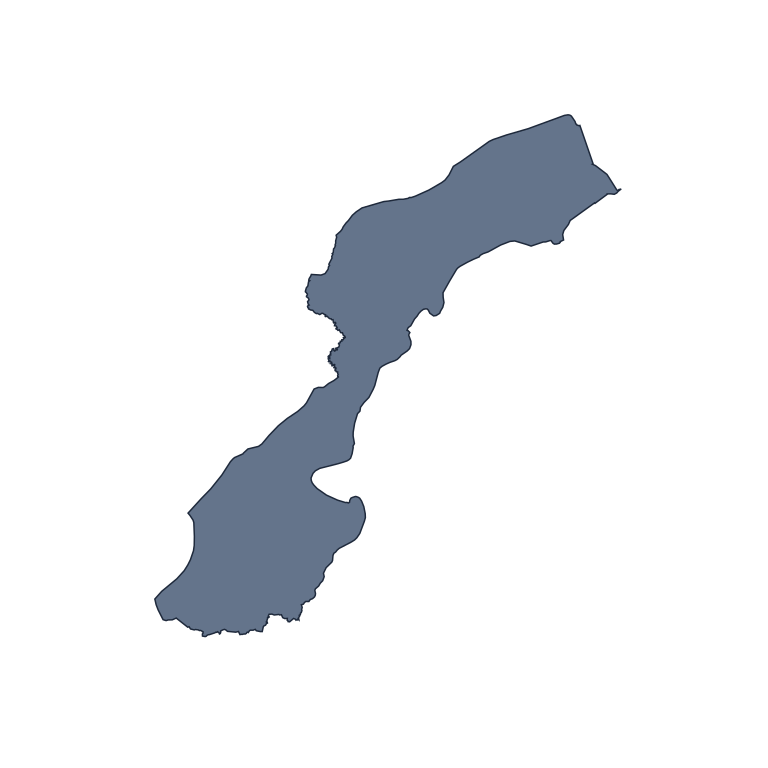 Kolaka Timur, Sulawesi Tenggara, Indonesia (Robinson projection), rotated 250°
{"feature_id": "22746128B88028223529334", "entity_name": "Kolaka Timur", "entity_type": "district", "adm_level": 2, "iso_a3": "IDN", "parent_name": "Indonesia", "parent_adm1": "Sulawesi Tenggara", "projection": "robinson", "projection_center": [121.666, -3.82], "detail": "fine", "context": "isolated", "style": "filled", "palette": "slate", "viewbox_px": 768, "rotation_deg": 250, "n_neighbors": 0, "source": "geoboundaries", "source_scale": "gbopen_adm2", "svg_char_len": 6154}
<svg xmlns="http://www.w3.org/2000/svg" viewBox="0 0 768 768"><g transform="rotate(250 384 384)"><path d="M519.4,655.8L560.0,656.5L560.0,655.7L561.4,653.8L562.2,653.8L562.8,653.2L565.4,653.3L571.7,651.7L573.1,650.6L574.0,649.0L574.7,645.4L574.6,606.9L576.1,584.6L576.4,570.2L576.0,565.9L566.5,531.6L564.8,523.6L558.2,516.6L554.7,511.0L553.5,507.0L550.9,492.5L549.8,477.7L549.9,473.5L550.6,471.6L550.2,470.3L551.0,465.3L552.5,461.1L554.4,450.7L555.5,446.3L557.0,423.6L555.3,416.8L553.4,412.0L549.8,406.5L548.3,403.4L545.7,399.5L543.7,397.5L542.4,395.4L540.2,389.9L538.1,389.7L535.0,387.5L532.9,386.8L531.3,385.5L530.6,385.7L528.6,383.7L528.2,382.8L524.8,381.2L524.3,379.9L523.3,380.2L521.7,378.5L520.1,378.2L515.7,373.4L515.1,373.1L514.1,373.4L513.1,371.9L511.0,370.8L507.9,366.4L507.9,362.1L511.8,353.2L510.4,352.0L508.7,349.8L507.2,348.7L506.8,348.7L506.4,349.4L505.8,348.0L502.2,346.0L500.9,343.9L498.0,341.8L497.3,341.7L496.6,342.3L495.6,342.4L494.8,342.8L493.8,342.3L493.1,341.2L492.5,341.0L490.8,342.2L489.1,342.4L488.7,342.2L487.5,340.3L484.7,340.1L483.8,340.6L483.6,339.4L483.2,338.7L481.7,338.6L481.0,339.1L480.3,338.8L478.6,340.4L477.6,342.3L475.1,343.1L473.3,344.5L473.1,345.6L471.2,347.4L471.7,349.9L471.2,350.8L469.7,351.8L469.1,352.8L468.6,352.8L468.0,351.9L467.4,352.0L467.0,353.9L465.2,354.5L463.6,355.7L463.4,356.6L462.2,356.9L461.9,358.1L459.0,357.5L458.4,357.8L458.7,359.1L458.1,359.5L457.4,359.3L456.4,357.8L455.7,357.4L454.9,358.9L453.0,359.3L452.7,359.0L452.8,358.2L452.3,357.7L451.3,358.6L450.1,359.1L450.2,360.5L447.3,360.8L446.8,361.2L446.4,362.5L443.8,362.4L442.6,363.4L441.3,363.6L440.9,363.5L440.9,362.9L441.5,362.3L441.5,361.8L440.5,362.1L440.1,361.2L439.6,360.9L440.0,359.5L438.7,359.0L439.1,357.5L437.8,357.1L437.8,355.3L437.3,355.0L436.8,355.4L435.8,355.4L434.3,354.3L434.0,352.6L434.1,350.8L433.6,350.9L432.5,352.0L432.1,351.8L432.6,350.3L431.9,349.4L431.9,348.8L432.8,348.4L433.6,348.8L434.5,348.7L434.6,347.4L432.8,346.0L432.5,344.6L430.9,344.4L430.5,343.6L429.6,343.9L429.5,342.5L429.1,342.2L429.3,341.5L428.9,340.9L428.3,340.8L428.3,342.0L427.9,342.3L427.3,341.7L426.5,341.7L427.0,340.6L426.8,340.2L424.8,340.3L424.1,339.5L423.5,340.1L424.0,341.1L422.8,341.3L422.5,342.2L421.2,342.1L421.2,341.1L420.6,342.0L419.0,341.3L418.7,342.0L419.3,343.0L419.4,343.9L419.1,344.3L418.8,344.2L418.6,343.3L417.4,343.7L416.5,342.5L416.3,342.6L416.1,343.7L415.7,344.2L415.2,343.8L414.7,344.0L414.4,343.1L413.8,342.7L413.2,342.7L412.6,343.4L411.8,343.4L411.2,344.6L409.9,344.1L408.6,344.2L408.0,343.4L406.9,343.1L406.6,343.6L406.1,343.5L404.4,338.2L403.4,332.0L401.8,327.5L401.5,325.7L403.3,321.1L403.2,316.6L392.8,304.7L390.8,301.4L387.7,293.4L384.8,281.5L381.0,270.6L375.0,258.4L369.4,248.7L368.3,244.7L369.5,233.9L367.1,228.2L366.6,227.6L366.0,218.4L365.3,216.5L363.5,213.1L354.0,200.6L344.7,185.3L338.7,172.9L329.7,155.7L326.9,156.7L321.5,158.0L318.8,157.9L305.7,153.7L297.1,150.4L292.4,147.9L285.1,142.0L281.1,137.8L276.9,132.4L271.8,122.7L265.2,104.2L260.3,95.1L254.5,94.4L249.0,94.5L238.1,95.8L236.2,98.3L236.1,100.5L234.8,104.4L235.1,108.7L222.6,116.4L222.6,117.8L220.0,118.4L217.8,121.6L217.8,122.8L216.4,125.5L215.5,126.1L215.2,127.3L214.3,128.3L213.6,128.5L213.1,129.2L211.8,128.8L211.2,127.8L209.2,127.2L207.8,129.6L207.8,130.8L208.3,131.6L208.5,133.1L208.2,134.1L208.0,140.0L208.3,141.1L207.8,141.9L208.2,142.8L206.6,143.9L205.4,143.9L205.5,144.8L206.3,145.5L207.8,146.1L208.1,148.6L208.0,150.2L207.1,151.2L205.1,152.3L201.5,159.8L201.2,162.6L197.8,162.9L197.5,164.6L197.2,165.0L197.0,167.1L196.5,167.9L196.7,169.3L197.5,170.3L197.4,171.2L196.9,171.5L198.1,173.1L198.4,174.1L197.4,176.8L197.5,179.1L195.8,179.6L193.7,183.0L193.0,184.9L197.1,187.5L197.7,188.3L197.9,190.2L199.1,191.6L199.2,192.7L199.9,192.8L199.9,192.0L200.7,192.0L201.3,192.8L203.8,194.6L204.1,195.7L204.5,195.2L204.9,196.3L205.5,195.9L206.9,197.2L206.1,200.0L204.5,201.8L203.4,206.4L202.6,207.0L202.3,208.7L199.1,208.9L197.5,210.5L196.8,213.0L195.1,212.2L194.3,212.7L193.5,212.6L192.8,214.0L194.6,218.9L193.0,220.5L192.2,220.5L192.3,221.1L191.8,222.2L192.7,222.9L191.6,223.4L193.5,223.8L195.0,225.6L195.7,225.3L196.0,226.6L197.3,227.2L197.5,228.1L199.2,229.4L200.3,229.5L202.0,230.7L204.9,230.9L204.7,233.0L205.8,234.4L206.4,236.1L205.3,239.0L206.7,241.0L206.7,243.4L207.7,245.9L209.0,247.2L210.6,248.0L213.7,248.4L215.0,249.5L216.5,253.5L218.6,256.0L220.1,259.1L223.4,261.9L226.9,262.4L231.2,266.8L234.5,274.1L235.8,275.3L240.3,277.4L242.1,279.0L242.6,281.0L244.0,283.3L244.9,285.7L246.7,299.3L247.5,303.0L248.8,305.9L251.9,310.2L261.6,318.5L264.8,320.8L268.6,322.0L275.7,323.1L281.6,322.9L285.0,322.1L286.3,321.1L287.6,319.6L288.1,318.6L288.2,315.4L288.0,313.8L286.3,312.0L284.6,311.1L284.4,309.8L285.4,308.7L285.8,307.2L290.7,300.7L299.3,291.9L308.6,285.4L313.0,283.5L315.8,282.7L318.3,282.7L320.6,283.3L324.3,286.7L325.9,289.8L326.7,294.8L324.8,313.7L324.5,318.8L324.4,322.9L324.8,325.1L325.7,327.2L329.4,330.2L334.6,333.2L336.3,333.7L338.1,335.8L345.7,337.2L349.3,338.6L357.2,343.0L365.2,349.0L366.7,352.1L370.2,354.0L373.5,359.0L376.5,365.2L382.7,372.0L385.7,374.8L396.8,382.5L400.3,385.5L401.3,388.2L402.0,392.8L402.3,397.0L402.2,402.2L402.6,404.9L404.2,408.5L405.2,409.9L407.1,417.1L408.5,420.1L411.7,422.8L414.9,423.9L421.3,423.9L422.1,424.3L423.5,425.9L425.7,425.0L426.5,424.0L428.2,425.4L428.8,426.3L429.6,429.1L434.6,434.9L436.5,438.4L438.4,440.8L439.9,443.8L440.7,446.6L440.3,449.1L439.6,450.3L438.2,450.9L434.8,451.3L431.0,453.9L430.5,456.5L431.4,460.5L433.1,462.0L436.0,465.5L440.0,468.2L445.4,469.3L449.6,470.7L458.6,481.2L466.9,491.4L467.8,493.1L468.6,495.8L469.9,504.1L470.6,510.6L470.9,517.0L472.0,518.3L472.6,521.7L472.5,527.0L474.7,541.2L474.9,551.1L473.7,555.8L466.4,565.6L463.3,569.4L463.0,582.1L462.2,584.6L462.0,589.1L461.7,590.0L458.5,590.9L457.2,591.9L456.5,594.1L456.3,597.0L457.0,598.2L457.5,598.3L457.9,602.0L463.3,603.0L466.7,605.5L470.8,611.8L474.0,614.9L482.2,643.9L481.6,644.1L485.9,658.6L486.3,658.7L485.2,662.0L483.5,665.3L483.9,668.0L485.1,670.2L486.1,673.6L486.4,671.2L485.4,670.5L486.8,669.1L496.6,667.0L504.7,665.2L516.8,657.5L519.3,655.0L519.4,655.8Z" fill="#64748b" stroke="#1e293b" stroke-width="1.5"/></g></svg>